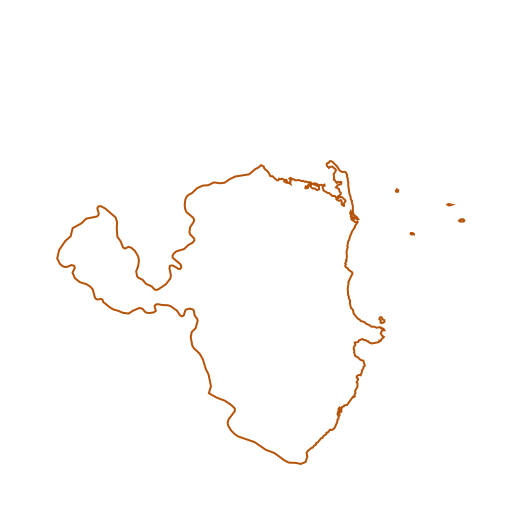 the district of San Fernando de Monte Cristi, Monte Cristi, Dominican Republic, rotated 126°
{"feature_id": "3306468B8968248816263", "entity_name": "San Fernando de Monte Cristi", "entity_type": "district", "adm_level": 2, "iso_a3": "DOM", "parent_name": "Dominican Republic", "parent_adm1": "Monte Cristi", "projection": "natural_earth1", "projection_center": [-71.673, 19.756], "detail": "fine", "context": "isolated", "style": "outline", "palette": "amber", "viewbox_px": 512, "rotation_deg": 126, "n_neighbors": 0, "source": "geoboundaries", "source_scale": "gbopen_adm2", "svg_char_len": 6115}
<svg xmlns="http://www.w3.org/2000/svg" viewBox="0 0 512 512"><g transform="rotate(126 256 256)"><path d="M377.6,410.0L377.9,406.8L377.3,404.2L375.7,402.3L371.8,400.0L370.8,397.3L372.2,395.6L377.4,394.6L380.4,389.5L380.7,383.0L378.5,376.8L378.2,371.9L379.0,368.4L384.0,362.3L384.8,360.6L384.3,358.5L382.2,356.6L381.6,355.3L381.7,354.2L383.0,352.7L383.5,343.2L382.9,339.4L381.3,335.2L380.3,330.5L377.4,325.2L372.6,323.4L366.5,319.7L365.4,316.7L366.4,313.0L366.2,311.2L364.5,308.4L361.8,305.6L359.2,304.8L356.5,308.3L355.5,308.7L354.0,308.4L352.7,307.2L350.8,303.1L347.7,298.4L346.8,295.9L346.7,287.8L348.6,282.7L348.5,280.9L347.7,280.0L346.2,279.6L341.7,281.2L340.1,281.0L337.3,278.4L336.3,275.3L337.1,273.7L340.1,270.8L341.4,266.7L342.4,265.3L349.8,262.4L355.3,263.3L360.0,261.1L365.7,255.2L367.2,252.1L368.1,244.4L370.7,238.4L376.9,230.3L379.7,224.8L387.8,215.9L394.7,213.5L393.7,204.5L391.4,196.3L391.1,187.9L391.8,183.5L393.9,182.0L404.3,182.1L407.4,181.1L409.5,178.9L411.8,173.6L412.6,168.4L412.5,164.5L407.4,147.7L407.0,134.1L404.6,125.3L404.6,112.7L403.9,108.1L400.0,102.2L397.8,97.4L393.4,94.8L388.2,96.5L385.5,99.4L382.8,99.4L378.6,98.3L377.6,97.4L375.4,97.7L374.1,96.8L372.6,96.8L371.9,97.4L370.4,96.5L365.2,96.2L364.0,95.3L361.8,95.6L359.3,94.5L358.1,94.5L357.6,95.1L355.6,93.9L353.2,94.2L352.2,92.3L349.2,91.3L342.5,92.7L340.6,93.9L339.1,93.6L337.4,94.8L335.9,94.7L334.4,95.9L334.4,96.8L336.4,96.2L336.1,97.1L332.2,98.5L331.2,99.4L329.5,99.4L329.5,98.6L330.2,97.6L333.4,97.6L333.4,96.8L332.2,95.6L331.4,95.6L330.7,96.8L329.3,96.8L328.7,97.7L327.7,97.7L326.0,96.5L325.0,96.8L323.0,94.8L312.9,94.8L312.7,93.9L311.4,93.6L310.9,94.5L308.0,95.3L307.0,96.5L302.1,97.1L299.3,99.1L298.9,100.4L295.7,100.9L295.2,101.5L295.4,102.7L294.2,103.8L291.7,102.9L291.0,101.2L287.2,102.3L286.3,103.2L284.3,102.9L282.6,103.8L280.8,103.5L277.6,107.6L278.6,110.3L278.1,114.3L278.6,117.0L276.1,120.2L274.7,120.8L273.7,122.5L271.7,123.4L269.5,123.4L268.0,125.2L265.5,122.8L263.8,123.1L260.6,121.1L260.4,119.0L259.6,117.9L259.6,115.8L259.1,115.2L259.4,113.5L258.6,110.8L253.7,106.2L252.9,105.9L252.0,106.5L251.2,105.2L249.5,105.6L246.3,105.0L246.3,107.3L245.3,109.6L242.1,110.2L240.6,108.5L240.1,109.7L240.1,110.8L240.9,111.1L240.9,111.9L240.4,111.7L240.6,113.8L243.1,116.2L243.8,119.0L245.3,121.0L245.3,124.0L246.0,126.3L245.8,129.8L247.0,133.0L246.5,135.1L246.8,136.8L245.3,143.0L242.6,145.9L242.1,148.8L238.9,152.4L236.9,153.5L235.4,156.4L234.2,157.0L233.2,158.8L228.1,162.9L223.4,165.2L222.8,166.0L213.5,167.6L212.7,168.4L212.7,173.1L212.0,174.9L212.2,177.2L211.5,178.1L210.0,178.4L209.5,179.5L206.9,179.8L206.3,180.8L205.6,180.7L202.6,182.5L199.1,185.4L194.7,187.1L194.2,188.0L189.8,190.1L188.0,190.1L185.8,191.2L179.6,192.7L174.2,193.0L173.7,193.6L168.8,193.6L168.5,194.2L169.8,194.7L170.2,195.6L170.3,200.3L168.8,201.5L168.3,202.6L167.3,202.6L166.1,205.0L164.1,205.6L165.3,203.5L167.3,202.3L167.3,201.2L168.0,200.9L168.5,199.4L168.5,198.5L167.8,198.5L167.5,199.1L166.6,198.8L167.1,196.2L166.1,195.0L165.3,197.1L165.3,200.6L164.1,202.9L158.4,207.3L155.9,210.5L155.2,210.5L154.2,212.9L153.0,213.7L150.3,217.5L143.7,223.7L142.4,224.3L140.9,226.3L139.4,227.2L138.4,228.9L136.7,230.1L135.7,232.2L135.7,233.6L137.4,235.7L137.7,238.6L135.9,243.0L134.9,249.4L135.2,251.2L135.9,252.0L138.2,252.0L138.9,252.9L140.2,252.9L141.4,251.4L141.9,248.8L140.2,248.5L138.9,246.8L139.1,242.4L140.1,241.5L144.3,241.2L146.6,238.9L148.5,238.0L148.3,236.8L149.5,233.6L147.8,233.3L147.3,231.9L146.1,231.0L146.3,230.1L148.0,229.5L150.0,231.3L153.5,231.6L153.0,228.4L154.7,226.3L155.2,224.3L156.9,223.7L159.9,224.8L161.1,224.6L160.9,223.7L158.9,222.8L157.9,220.8L158.4,216.4L159.1,215.8L162.6,215.8L163.3,214.3L163.8,214.3L164.1,216.1L163.6,217.2L161.3,219.0L160.9,220.2L162.6,221.3L162.9,224.2L161.9,224.8L161.1,227.5L162.6,229.5L162.1,233.6L162.8,234.8L163.3,239.8L161.1,242.7L159.9,242.7L158.6,241.8L158.1,242.7L159.6,243.3L159.9,245.0L161.8,246.8L162.1,250.0L163.3,252.0L164.1,252.0L164.1,251.4L162.8,245.9L164.9,244.1L166.8,245.3L166.8,248.2L168.1,249.7L168.0,251.5L167.0,254.1L168.5,254.7L170.5,254.0L172.0,255.5L172.0,256.1L170.5,256.7L169.8,255.5L166.3,255.2L165.6,254.4L165.6,253.2L164.5,253.2L164.3,255.2L166.1,257.9L166.3,259.3L167.3,260.2L167.5,262.0L168.2,262.6L169.5,266.1L171.5,268.4L172.0,271.3L172.5,271.6L172.5,274.0L173.7,274.5L173.9,273.1L174.7,272.1L175.7,272.2L177.4,270.4L177.4,272.5L177.9,272.7L179.1,275.4L178.9,276.9L178.1,276.6L177.3,275.1L176.7,275.7L176.7,276.5L177.9,277.8L178.1,280.4L179.2,280.9L179.9,282.7L181.6,282.4L182.4,283.6L181.8,289.7L182.8,290.9L182.8,292.1L182.1,292.7L180.6,296.5L180.6,299.4L180.1,301.1L179.2,302.0L179.4,305.2L182.9,306.0L186.1,307.7L194.0,309.6L204.0,319.6L209.3,322.4L215.2,324.5L218.1,327.6L221.2,333.3L226.7,336.2L230.4,340.5L235.7,343.5L242.5,344.7L246.2,346.5L248.7,347.0L251.7,346.4L256.5,343.8L259.5,341.1L261.4,338.0L261.9,329.9L262.8,327.4L265.0,326.5L271.6,326.2L275.7,323.9L277.2,322.2L278.2,316.3L279.5,315.1L282.3,315.0L286.6,317.1L292.7,318.3L299.1,323.2L302.4,324.0L305.0,323.6L306.4,322.3L307.0,313.0L307.7,311.1L309.4,309.6L311.1,309.8L311.9,310.7L312.5,317.4L313.6,319.2L314.8,319.8L316.8,318.8L321.8,313.4L324.7,312.1L331.8,312.3L340.8,315.6L342.1,316.8L342.7,318.3L341.9,322.6L343.2,328.5L341.9,333.8L342.7,338.3L342.4,340.1L338.9,343.9L333.5,345.4L328.7,347.9L325.7,350.9L323.1,356.8L322.6,361.7L323.6,364.6L326.9,366.3L327.3,368.5L323.7,374.1L321.9,379.5L315.6,384.8L310.2,388.3L307.3,392.3L306.2,405.8L306.9,410.9L308.5,412.6L310.6,412.5L313.9,408.4L315.5,407.6L317.3,407.7L325.6,415.3L332.4,416.5L341.2,420.7L349.1,417.5L355.9,419.1L366.8,418.8L374.8,415.4L377.6,410.0ZM236.4,114.7L233.9,113.4L232.5,114.3L232.7,117.0L231.7,118.4L232.7,119.6L234.4,119.3L234.9,117.0L236.7,116.1L236.4,114.7ZM106.1,108.3L104.9,108.2L104.4,109.7L105.8,111.8L108.1,112.5L108.3,111.4L106.1,108.3ZM101.6,129.3L99.4,127.7L100.9,131.0L101.9,131.3L101.6,129.3ZM120.6,178.9L119.2,179.5L119.2,181.0L119.9,180.7L120.9,181.3L121.6,180.4L120.6,178.9ZM145.8,140.9L145.4,141.2L145.3,142.7L146.3,144.2L147.1,144.1L147.3,143.0L145.8,140.9Z" fill="none" stroke="#b45309" stroke-width="2"/></g></svg>